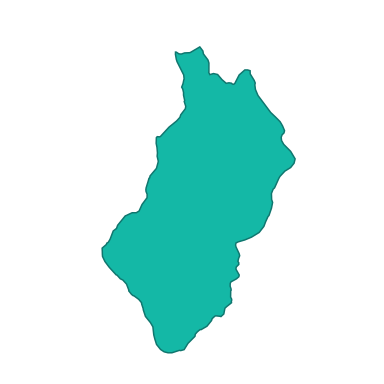 the district of Guatemala, Guatemala, rotated 144°
{"feature_id": "79465075B25759952858694", "entity_name": "Guatemala", "entity_type": "district", "adm_level": 2, "iso_a3": "GTM", "parent_name": "Guatemala", "parent_adm1": "", "projection": "natural_earth1", "projection_center": [-90.482, 14.625], "detail": "fine", "context": "isolated", "style": "filled", "palette": "teal", "viewbox_px": 384, "rotation_deg": 144, "n_neighbors": 0, "source": "geoboundaries", "source_scale": "gbopen_adm2", "svg_char_len": 2490}
<svg xmlns="http://www.w3.org/2000/svg" viewBox="0 0 384 384"><g transform="rotate(144 192 192)"><path d="M132.9,136.2L132.0,139.1L128.6,144.1L124.7,146.6L122.9,146.8L122.1,147.2L113.9,151.9L111.8,152.9L104.6,154.3L97.8,153.8L92.5,155.3L89.1,158.2L88.3,166.9L89.8,176.6L89.3,181.0L87.7,183.8L85.5,185.3L82.9,185.7L81.1,187.2L79.9,192.2L79.4,197.1L80.4,203.6L81.6,210.1L81.9,231.3L80.4,237.7L78.2,241.7L76.8,243.0L76.1,245.7L75.5,253.3L73.7,256.0L75.2,258.0L77.5,259.7L85.0,259.0L93.5,254.7L94.9,254.6L95.9,255.5L96.1,256.8L97.9,258.6L100.5,259.9L100.7,261.0L101.7,265.3L102.2,272.0L105.0,275.2L108.6,276.5L108.1,279.0L107.6,279.4L102.5,286.4L101.5,289.4L101.6,297.0L100.3,299.7L100.4,304.8L110.8,305.8L111.9,306.0L116.3,308.9L119.6,309.9L121.4,311.5L121.8,312.6L122.5,314.4L123.1,314.9L124.5,313.1L125.9,310.2L126.7,308.6L127.5,306.2L129.9,291.6L132.1,287.8L132.7,287.6L135.5,285.0L138.7,282.9L139.0,280.7L140.4,277.4L141.9,275.4L144.2,270.2L145.1,269.8L146.7,265.0L148.4,263.3L155.7,261.1L157.9,259.5L162.8,258.5L172.4,258.0L184.8,255.5L185.7,255.6L187.6,257.2L188.9,256.9L192.4,252.4L194.1,248.7L197.0,243.9L199.2,241.4L201.1,236.9L201.8,236.1L204.3,234.1L206.9,232.0L216.4,229.7L218.0,228.3L218.7,228.4L221.1,226.5L226.7,222.3L228.0,220.9L228.9,219.4L229.6,216.6L231.7,213.8L239.7,211.3L246.0,207.7L249.3,208.0L250.4,208.8L252.6,210.4L260.1,211.9L271.7,208.8L274.5,206.9L278.6,206.8L286.1,201.9L289.4,200.5L291.1,200.7L292.0,199.9L297.7,199.4L299.6,196.5L301.2,194.2L302.3,192.4L303.3,186.9L303.2,179.7L302.1,169.6L301.5,168.8L301.0,163.9L299.7,161.5L299.1,156.0L300.8,149.7L301.3,149.2L301.1,144.7L300.5,142.6L300.0,142.2L298.2,136.5L297.9,132.0L298.5,131.2L300.0,126.5L300.7,125.2L302.8,118.7L302.4,110.7L302.9,105.9L306.9,98.9L308.5,94.9L310.3,89.5L310.0,83.1L308.5,79.1L305.9,76.0L302.7,73.7L295.3,71.3L294.3,70.3L291.0,69.1L284.2,71.9L274.4,73.5L273.0,75.0L270.1,75.7L266.4,76.0L265.6,75.3L258.8,74.6L251.8,76.5L250.1,77.7L246.5,78.1L245.6,77.9L242.6,75.2L241.8,74.2L238.0,74.6L233.7,78.6L231.4,78.9L225.1,79.2L224.8,80.0L223.3,81.3L222.8,82.4L222.6,84.2L218.7,89.4L218.1,89.5L217.4,90.6L216.5,93.4L214.8,95.6L213.3,96.4L207.1,95.6L203.9,95.9L202.6,97.1L201.8,103.8L200.3,105.3L196.7,105.9L195.7,107.4L195.7,108.8L193.3,110.9L190.9,112.4L190.1,114.4L188.7,121.7L187.9,123.5L186.4,124.9L183.9,124.5L177.5,122.2L170.4,120.5L161.4,119.8L154.1,121.9L150.0,124.6L148.6,125.4L144.9,127.5L143.6,127.7L137.2,132.2L132.9,136.2Z" fill="#14b8a6" stroke="#0f766e" stroke-width="1.5"/></g></svg>